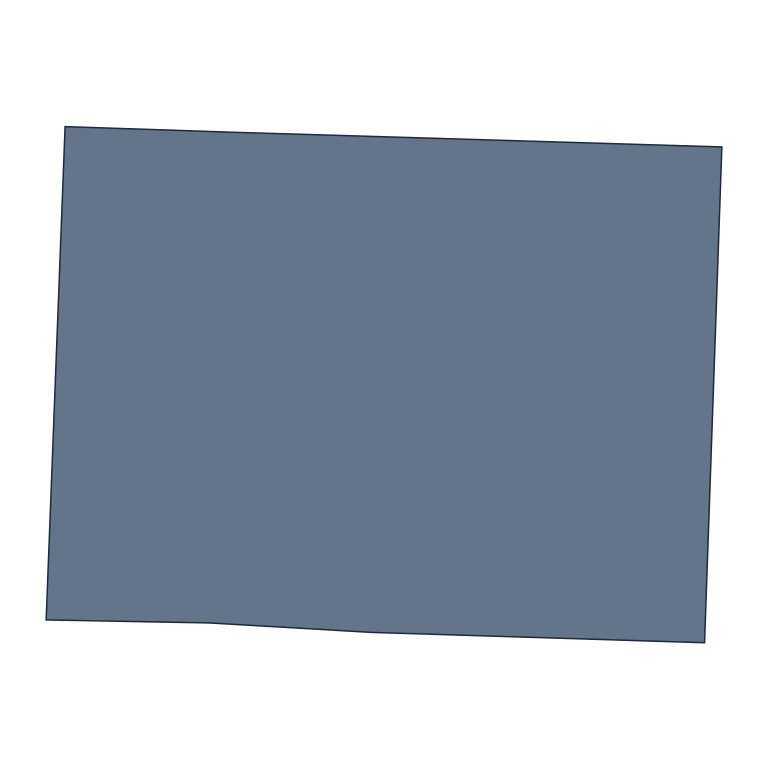 the district of Jefferson, Iowa, United States of America, rotated 182°
{"feature_id": "52423323B65380617817851", "entity_name": "Jefferson", "entity_type": "district", "adm_level": 2, "iso_a3": "USA", "parent_name": "United States of America", "parent_adm1": "Iowa", "projection": "orthographic", "projection_center": [-91.948, 41.032], "detail": "fine", "context": "isolated", "style": "filled", "palette": "slate", "viewbox_px": 768, "rotation_deg": 182, "n_neighbors": 0, "source": "geoboundaries", "source_scale": "gbopen_adm2", "svg_char_len": 264}
<svg xmlns="http://www.w3.org/2000/svg" viewBox="0 0 768 768"><g transform="rotate(182 384 384)"><path d="M54.6,136.6L54.6,632.7L548.3,630.3L711.7,630.1L713.4,136.4L551.1,139.1L387.5,135.3L54.6,136.6Z" fill="#64748b" stroke="#1e293b" stroke-width="1.5"/></g></svg>